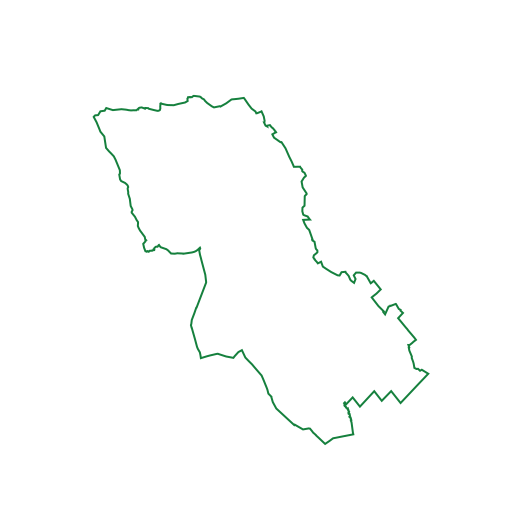 Jaunlutriņu pag., Saldus, Latvia, rotated 240°
{"feature_id": "27541924B81065833058095", "entity_name": "Jaunlutriņu pag.", "entity_type": "district", "adm_level": 2, "iso_a3": "LVA", "parent_name": "Latvia", "parent_adm1": "Saldus", "projection": "robinson", "projection_center": [22.356, 56.804], "detail": "fine", "context": "isolated", "style": "outline", "palette": "green", "viewbox_px": 512, "rotation_deg": 240, "n_neighbors": 0, "source": "geoboundaries", "source_scale": "gbopen_adm2", "svg_char_len": 5872}
<svg xmlns="http://www.w3.org/2000/svg" viewBox="0 0 512 512"><g transform="rotate(240 256 256)"><path d="M232.7,168.4L229.5,166.0L228.7,165.1L226.2,164.4L226.1,164.5L214.6,161.6L206.8,159.5L204.7,159.2L200.6,159.2L197.9,158.3L195.1,157.2L193.7,163.3L192.9,166.3L190.9,172.9L190.4,174.1L190.2,174.2L183.9,179.9L179.1,185.5L179.9,187.4L181.6,192.7L181.5,196.7L173.4,196.0L168.5,197.2L164.1,198.4L160.6,199.0L151.1,200.8L149.8,201.1L145.3,200.6L136.7,199.4L134.4,199.0L130.6,197.9L126.4,199.0L126.0,198.7L125.9,198.7L121.1,197.5L113.8,197.3L90.4,204.6L90.6,205.2L82.3,210.0L80.3,215.5L79.4,216.5L79.1,216.5L76.8,216.9L74.3,217.2L73.6,217.5L70.8,218.4L70.6,218.3L67.1,219.4L58.7,221.9L59.1,227.5L59.6,231.6L52.9,251.1L54.8,251.7L64.5,255.7L64.5,255.8L64.6,255.6L64.8,255.6L65.2,255.9L65.9,255.8L66.2,256.5L66.8,256.5L67.1,256.7L67.3,256.7L67.5,256.6L68.0,257.0L68.7,256.8L68.9,257.0L69.0,257.1L69.7,256.6L70.0,256.5L70.2,257.1L70.5,257.4L71.0,257.6L71.8,257.7L72.0,258.0L72.3,258.1L72.6,258.1L72.6,257.7L73.0,257.3L74.0,257.6L74.1,257.8L74.1,258.0L74.6,258.5L74.7,258.8L75.0,258.8L75.8,258.6L76.2,259.0L76.7,258.8L77.0,259.0L77.7,259.2L77.6,258.8L77.7,258.7L78.5,258.9L79.3,258.3L79.8,258.4L80.1,258.2L80.4,258.2L80.7,258.4L81.0,258.3L81.5,257.9L82.2,257.8L82.5,257.9L83.3,258.5L83.4,258.9L84.5,258.7L84.8,259.8L82.5,259.9L85.2,269.0L73.6,270.7L79.8,290.8L67.7,292.5L71.4,305.5L56.4,307.7L64.1,333.4L67.9,346.3L74.6,342.7L74.6,340.7L77.3,339.9L77.9,338.5L79.9,337.2L80.9,337.6L83.9,338.7L85.8,339.2L89.9,339.9L91.0,340.7L97.4,341.5L100.3,342.5L100.2,343.0L102.7,343.5L102.1,344.4L102.6,347.8L103.0,349.5L103.4,352.6L106.0,352.3L115.3,350.6L117.2,350.4L119.1,350.0L131.1,348.0L133.2,354.8L136.4,353.8L137.0,354.3L138.8,353.2L144.4,353.2L144.6,353.1L145.4,348.2L145.5,348.0L145.4,348.0L145.9,345.5L140.9,338.6L143.9,338.2L144.1,339.0L151.4,337.0L162.3,335.5L162.5,336.6L163.2,341.5L164.7,347.3L175.6,345.6L175.0,341.9L175.0,341.7L183.0,341.8L183.0,341.7L184.5,341.2L185.4,340.8L186.7,339.9L188.7,338.6L189.7,337.6L191.6,334.4L190.4,331.0L186.3,330.7L183.7,327.5L186.9,326.1L188.4,325.8L192.4,326.3L194.6,325.9L196.7,325.4L197.6,325.6L197.7,325.4L198.3,324.0L199.2,322.0L198.3,320.3L198.2,320.3L197.3,318.6L198.5,317.0L204.5,313.1L210.1,310.2L213.4,308.6L218.5,309.5L218.6,307.2L218.7,306.7L218.7,305.9L221.0,305.6L221.6,305.4L223.7,305.0L223.8,305.2L226.0,304.9L226.8,305.6L227.4,306.2L227.7,306.6L227.8,307.3L228.2,309.8L228.4,310.6L228.6,311.1L229.5,311.6L230.2,311.9L231.9,311.5L232.9,311.6L239.1,313.8L241.3,312.6L242.0,312.8L241.9,313.2L252.0,315.1L255.0,314.2L260.0,314.3L263.7,314.9L260.6,320.9L261.1,320.8L264.2,320.5L264.4,320.5L267.1,318.2L267.9,317.7L268.2,317.6L268.6,317.7L271.6,318.5L274.6,320.4L274.9,321.3L275.2,323.0L275.5,323.3L283.4,328.1L283.7,328.6L284.2,330.7L284.6,331.0L285.0,331.1L292.1,330.7L297.7,332.7L299.9,336.8L300.3,338.9L300.4,339.0L300.5,339.3L300.8,339.4L303.8,339.6L304.1,339.5L305.5,338.7L306.3,338.5L306.6,338.5L307.5,339.2L307.9,339.2L309.5,338.9L310.9,338.7L311.3,338.8L314.3,333.4L315.6,333.6L320.1,334.1L325.3,334.4L334.5,335.4L341.9,335.0L342.3,334.1L349.4,330.8L352.3,330.9L353.2,331.0L353.2,334.7L353.1,335.2L354.1,335.2L354.3,335.0L355.5,334.9L355.8,335.0L357.1,334.7L358.0,334.6L358.3,334.5L358.5,334.3L360.2,333.8L362.4,333.5L363.5,330.1L363.1,330.1L364.0,329.5L365.0,329.5L367.2,329.7L367.1,329.8L368.9,331.1L373.0,332.5L378.5,333.1L378.5,332.7L378.8,330.6L379.1,328.4L379.4,327.6L381.4,327.8L385.8,325.9L390.9,325.2L397.3,324.7L399.0,324.5L400.9,319.6L402.4,316.2L403.7,313.4L403.8,312.9L403.1,306.5L403.2,299.9L403.8,299.6L405.7,293.9L407.7,292.6L413.0,290.2L415.9,289.4L417.5,289.3L419.8,287.9L421.0,287.7L421.6,287.3L422.1,287.1L425.5,282.6L425.9,281.9L425.6,279.8L426.3,278.9L426.6,278.4L426.4,278.2L426.6,277.9L427.0,277.7L427.5,276.5L427.4,276.4L427.0,276.3L426.6,275.3L424.4,274.3L424.4,271.3L426.5,264.8L427.7,260.2L430.7,255.3L431.6,254.1L435.6,249.8L435.6,249.4L435.8,249.5L435.8,249.4L434.9,248.9L433.0,247.6L431.7,247.0L430.6,245.9L430.4,245.6L430.5,244.3L431.0,243.2L433.5,240.5L437.1,236.8L437.9,236.6L439.6,234.1L439.1,233.5L440.0,232.8L441.8,231.3L442.6,229.4L442.7,228.7L442.6,228.2L442.4,228.0L442.5,228.0L442.0,225.3L443.0,223.5L443.4,222.9L444.6,220.5L444.9,220.1L446.0,218.6L446.9,217.6L447.8,216.5L450.4,212.9L453.9,205.0L459.0,200.3L457.5,197.6L459.1,193.6L457.0,189.8L457.0,189.6L458.2,187.1L458.2,186.9L458.1,186.4L457.6,185.0L451.5,184.8L444.0,183.8L441.5,183.4L435.4,184.4L424.6,180.2L420.3,181.0L417.3,181.8L413.4,182.7L409.6,182.5L398.4,181.0L396.1,179.8L395.8,179.5L395.3,179.3L394.9,178.3L390.3,176.6L388.3,176.7L384.8,179.1L382.5,179.9L381.2,180.1L379.6,179.8L378.8,178.7L377.5,178.1L375.2,177.3L373.8,176.4L368.6,175.3L362.0,172.5L358.3,172.3L357.6,172.1L357.4,172.0L356.5,170.5L355.7,170.0L350.5,170.8L346.8,170.6L344.5,170.8L343.8,170.5L341.1,168.7L339.2,168.4L336.0,168.3L328.2,169.2L325.8,168.4L325.1,168.6L325.2,168.3L325.0,168.1L324.4,168.2L323.9,167.4L322.9,164.4L319.1,163.2L315.9,162.7L315.9,162.8L315.1,162.9L314.4,163.4L314.4,163.7L314.6,164.2L314.5,164.5L314.3,164.6L313.9,164.7L313.5,164.9L313.3,165.2L313.3,165.4L313.6,165.8L313.7,166.2L313.6,166.9L313.0,167.6L312.7,168.5L312.8,168.7L312.7,168.9L312.5,169.0L312.4,169.1L312.5,169.4L312.5,169.9L312.8,170.3L312.5,170.5L312.1,170.6L312.0,170.8L312.2,171.1L312.4,171.2L312.9,171.2L313.1,171.3L313.5,171.7L313.8,172.3L313.8,172.5L314.1,173.7L313.5,175.4L313.3,175.5L313.4,175.8L314.1,177.2L314.1,177.5L313.6,177.5L312.1,177.7L311.2,177.9L306.7,181.8L304.4,182.8L304.1,182.8L300.6,183.7L298.6,186.8L297.6,189.5L297.4,189.7L294.5,194.2L294.3,194.2L291.1,202.3L290.5,204.5L290.3,206.3L290.4,207.5L290.5,208.5L291.2,211.6L290.5,211.5L290.2,211.2L289.3,209.6L285.0,208.1L281.2,207.1L279.9,206.7L265.1,202.7L258.6,199.9L257.9,199.5L241.0,178.7L241.1,178.4L237.1,173.8L232.7,168.4Z" fill="none" stroke="#15803d" stroke-width="2"/></g></svg>